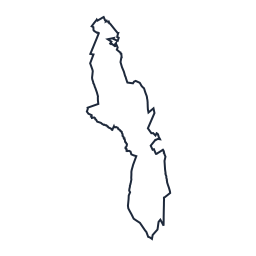 the district of San Buenaventura, Coahuila, Mexico, rotated 189°
{"feature_id": "50627088B12868426200060", "entity_name": "San Buenaventura", "entity_type": "district", "adm_level": 2, "iso_a3": "MEX", "parent_name": "Mexico", "parent_adm1": "Coahuila", "projection": "equal_earth", "projection_center": [-101.864, 27.841], "detail": "fine", "context": "isolated", "style": "outline", "palette": "slate", "viewbox_px": 256, "rotation_deg": 189, "n_neighbors": 0, "source": "geoboundaries", "source_scale": "gbopen_adm2", "svg_char_len": 5130}
<svg xmlns="http://www.w3.org/2000/svg" viewBox="0 0 256 256"><g transform="rotate(189 128 128)"><path d="M171.1,141.7L170.7,140.6L170.9,139.5L171.2,137.8L169.3,135.9L165.9,135.0L165.8,134.4L166.2,133.4L165.5,133.2L165.2,132.3L163.1,133.1L161.9,132.4L161.6,131.4L160.7,131.1L159.5,129.5L159.2,129.4L156.4,129.0L155.5,128.8L155.3,128.7L154.7,128.3L154.0,127.9L153.1,127.6L152.3,127.3L151.9,127.6L151.0,127.3L150.4,127.1L149.9,127.3L149.4,127.1L148.5,126.2L148.1,126.3L147.8,126.0L147.4,125.5L147.1,125.4L145.6,125.0L145.1,124.9L144.5,124.5L144.3,124.5L143.8,123.8L143.3,123.6L143.1,123.8L143.1,124.2L142.2,127.4L142.1,127.2L141.8,127.1L141.5,127.1L141.1,126.7L140.9,126.8L140.6,126.7L139.9,127.1L139.3,126.9L139.0,126.8L138.2,126.7L137.3,125.3L136.8,125.3L136.6,125.1L136.2,125.0L135.4,124.5L135.2,124.0L134.7,123.7L134.3,123.7L134.1,123.4L133.7,123.3L133.7,123.2L133.5,122.7L132.9,121.6L132.6,121.4L132.4,120.9L132.2,120.3L132.2,119.4L131.7,119.1L131.2,118.8L130.6,117.2L130.4,117.1L130.0,117.2L129.9,116.5L129.6,116.5L129.3,116.0L129.0,114.8L128.6,113.8L128.2,113.6L128.1,113.4L127.7,113.3L127.2,112.4L126.5,111.9L126.5,111.2L126.5,110.3L126.6,109.7L126.9,109.0L127.2,108.5L127.4,108.4L127.4,107.8L127.2,107.4L126.8,107.1L126.5,106.9L126.2,107.0L126.0,106.6L125.8,106.3L125.7,105.9L125.9,105.2L125.4,105.0L123.4,105.6L121.8,105.1L121.2,103.8L120.6,102.5L118.3,101.9L115.4,101.5L117.3,91.9L117.3,91.3L117.8,87.1L117.8,85.2L117.4,82.8L117.0,79.2L116.7,78.0L116.6,77.6L116.7,75.6L116.7,75.0L116.7,74.1L116.9,73.2L116.8,72.6L117.0,71.9L117.1,71.1L116.9,70.4L117.0,69.3L117.1,67.9L117.0,66.3L116.3,65.4L115.9,64.9L116.7,61.4L116.3,57.9L116.0,53.0L115.9,51.2L115.1,48.6L113.0,45.8L111.2,43.5L108.2,39.3L104.8,37.7L101.4,36.2L98.3,32.9L95.1,29.5L93.6,28.2L91.5,24.5L91.1,23.7L89.2,23.3L87.0,22.2L86.9,26.2L85.0,29.2L83.0,32.3L83.0,34.5L83.1,38.3L83.1,40.1L81.7,42.5L79.6,39.8L77.6,37.1L77.9,39.2L78.5,43.5L78.7,44.7L79.7,51.7L80.1,54.7L80.5,57.7L80.9,60.3L81.2,62.9L81.6,64.6L81.6,64.9L81.1,65.1L76.2,70.4L76.6,71.8L77.3,73.4L78.3,75.5L79.6,77.9L80.8,80.3L81.1,81.2L81.1,81.5L81.2,81.9L81.5,82.4L81.6,83.1L81.6,83.5L82.0,84.0L82.3,84.7L82.5,85.5L82.6,86.3L82.9,86.9L83.4,87.6L83.6,88.3L83.9,88.6L83.8,89.3L83.9,89.5L84.9,92.8L86.8,101.2L86.5,105.5L87.7,107.5L87.9,108.0L88.0,108.1L88.1,108.3L88.2,108.5L88.5,108.7L88.7,108.9L88.5,109.3L88.7,109.9L88.9,110.3L89.2,110.5L89.2,110.9L89.4,111.1L89.8,111.7L90.1,112.0L91.6,110.6L93.2,109.2L95.2,107.5L95.2,107.4L95.8,106.9L96.3,106.8L96.8,107.4L99.1,111.1L100.3,110.4L101.1,111.6L102.8,114.1L99.4,120.0L98.9,120.3L99.0,120.6L97.8,121.2L96.8,121.9L94.6,121.9L94.8,122.2L96.2,123.9L96.6,124.7L96.7,125.1L97.2,125.8L97.3,126.3L97.9,126.9L98.4,127.1L98.9,127.3L99.7,124.9L102.4,126.9L102.9,126.7L104.1,126.5L108.3,130.8L106.5,137.9L104.2,146.9L105.9,151.4L110.2,146.5L111.4,149.9L111.5,150.8L111.7,151.4L112.0,153.0L112.2,154.1L112.5,155.5L112.6,156.3L112.8,157.1L113.0,157.7L113.1,158.3L113.3,158.9L114.0,160.8L114.0,161.2L114.7,162.8L115.3,163.8L116.6,166.1L116.8,166.6L117.1,167.1L117.5,167.9L117.9,168.8L118.6,169.9L119.4,170.3L120.1,170.8L121.0,171.5L121.8,172.4L122.3,173.1L123.3,174.3L123.5,174.5L127.8,175.7L129.3,174.7L130.1,172.9L130.6,172.9L135.7,172.8L136.0,173.3L137.5,176.2L138.4,178.1L139.1,179.1L140.9,183.0L143.5,187.2L145.7,191.9L145.6,197.1L145.4,197.1L146.0,199.4L146.2,200.2L146.9,200.3L147.2,201.3L147.3,201.3L147.9,201.6L151.3,203.6L150.8,205.9L152.2,208.1L152.7,208.8L153.1,209.4L153.1,210.0L153.9,208.7L153.7,208.3L153.4,207.5L153.5,206.9L153.8,206.8L154.1,207.0L155.3,207.6L157.8,209.0L157.9,208.8L158.1,208.3L158.8,208.6L157.9,210.7L161.9,212.5L156.3,214.6L156.7,213.8L153.1,212.8L151.8,212.5L151.3,215.3L151.3,215.7L151.7,215.8L152.4,216.0L152.9,216.2L152.8,217.2L152.9,217.3L152.5,220.2L152.8,220.1L153.0,220.1L153.3,220.3L153.4,220.5L155.7,222.5L160.2,226.6L160.8,227.1L161.0,227.4L161.3,227.6L161.8,228.0L162.0,228.1L162.7,228.7L163.0,228.6L163.3,229.1L163.2,229.1L163.4,229.6L163.6,230.0L164.0,229.7L164.2,230.2L164.3,230.2L164.9,230.1L165.4,230.0L165.6,229.9L166.1,229.8L166.3,229.8L166.5,229.7L166.5,229.8L166.5,230.0L166.6,229.9L166.6,230.0L166.8,230.1L167.1,230.6L167.3,230.8L167.7,231.0L167.8,231.2L168.5,232.4L168.7,232.6L169.0,233.2L169.4,233.8L170.2,233.2L170.4,233.1L171.6,232.0L173.1,230.8L174.9,229.3L175.1,229.5L175.8,230.2L175.9,229.9L176.6,228.7L177.5,227.1L178.1,226.1L178.5,225.2L178.7,224.9L178.9,224.5L179.1,224.1L179.3,223.7L179.6,223.2L179.8,222.8L178.0,222.2L177.8,221.3L177.5,219.9L177.4,219.3L176.8,218.7L175.4,218.0L175.1,217.9L174.6,217.7L173.7,217.3L173.6,217.2L173.4,217.2L173.0,217.3L172.9,217.5L172.7,217.5L172.5,217.4L172.4,217.4L172.2,217.2L171.7,217.1L171.8,216.4L171.9,216.0L173.0,211.2L173.7,208.3L174.9,203.2L175.4,201.0L175.5,200.9L175.7,199.8L176.8,195.3L175.2,195.2L173.6,195.2L175.5,186.0L172.3,180.1L171.7,178.7L171.5,175.1L171.4,172.3L171.2,171.5L171.0,170.7L170.4,169.5L169.5,167.8L169.3,166.9L168.3,165.7L167.2,163.4L166.4,162.2L165.5,160.5L164.3,158.3L164.0,157.6L162.6,154.5L162.6,153.7L162.3,152.0L162.0,150.3L161.9,150.1L161.1,147.1L165.0,145.0L171.1,141.7Z" fill="none" stroke="#1e293b" stroke-width="2"/></g></svg>